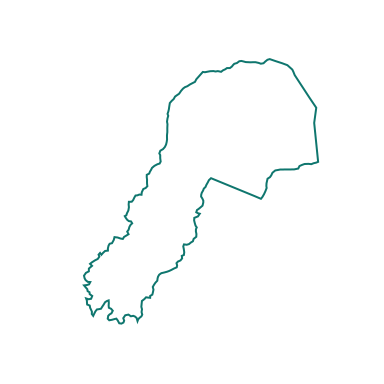 outline of Belo Campo, Bahia, Brazil, rotated 221°
{"feature_id": "56859067B86172469264415", "entity_name": "Belo Campo", "entity_type": "district", "adm_level": 2, "iso_a3": "BRA", "parent_name": "Brazil", "parent_adm1": "Bahia", "projection": "mercator", "projection_center": [-41.2, -14.961], "detail": "fine", "context": "isolated", "style": "outline", "palette": "teal", "viewbox_px": 384, "rotation_deg": 221, "n_neighbors": 0, "source": "geoboundaries", "source_scale": "gbopen_adm2", "svg_char_len": 3737}
<svg xmlns="http://www.w3.org/2000/svg" viewBox="0 0 384 384"><g transform="rotate(221 192 192)"><path d="M185.3,33.7L185.8,35.4L186.6,38.6L186.7,41.0L185.3,42.6L184.1,44.2L184.5,46.6L184.8,49.1L185.3,51.8L184.7,53.9L183.8,55.5L182.0,53.7L180.4,51.6L178.8,50.1L176.4,50.8L173.9,50.4L173.2,47.6L173.9,45.5L174.0,43.6L172.5,41.1L170.3,40.9L168.6,43.0L167.1,45.3L166.0,46.8L163.7,46.3L160.8,45.2L158.9,46.4L158.1,48.5L158.8,50.4L161.1,51.7L161.5,55.2L159.5,57.8L156.6,58.1L155.1,60.0L153.4,60.6L151.2,60.6L148.4,58.8L149.1,60.7L149.0,62.8L148.6,64.9L149.1,66.8L151.3,68.3L152.8,70.7L154.9,72.1L156.6,74.5L158.3,76.9L157.7,79.9L157.6,82.4L156.0,83.4L154.2,84.7L155.4,86.2L154.6,88.5L155.7,90.7L157.0,93.0L159.3,94.6L159.8,97.0L160.1,99.5L160.0,102.3L161.3,104.2L162.1,105.9L162.5,108.1L161.9,110.6L160.1,113.1L158.5,115.5L157.5,117.3L156.5,119.5L155.4,122.4L154.1,125.1L155.1,126.9L157.0,128.1L157.0,130.2L155.8,132.8L155.9,135.4L157.8,137.1L156.8,139.1L158.3,141.4L160.8,143.6L162.9,145.2L163.7,147.2L161.4,148.7L160.1,150.7L159.7,153.2L159.0,155.4L160.0,157.7L159.4,161.0L161.1,163.2L163.2,164.8L164.6,166.5L165.2,168.4L167.2,168.9L169.4,170.3L171.7,171.9L173.3,174.0L171.5,177.5L171.9,180.7L173.6,179.9L175.5,179.5L176.4,181.7L175.9,183.5L175.5,185.9L175.1,188.6L176.6,191.5L177.8,192.9L180.0,193.9L182.1,194.5L183.2,195.9L184.1,197.8L184.6,200.4L185.3,202.3L185.1,204.7L185.8,206.7L186.4,209.7L187.0,212.0L186.7,214.9L142.3,229.9L135.5,232.1L135.6,234.4L136.2,237.6L137.1,240.7L138.3,244.0L139.8,245.3L141.5,247.5L143.7,251.6L142.9,254.3L143.1,256.5L143.9,259.3L143.3,262.9L141.5,265.1L140.2,266.8L129.8,276.0L127.2,279.4L127.9,282.1L126.7,284.7L125.4,287.0L122.5,289.7L120.2,291.3L119.1,293.5L117.5,295.7L116.6,297.5L145.1,324.3L153.5,337.1L164.7,340.1L191.2,347.6L194.3,349.2L196.6,350.2L203.2,350.3L208.5,348.3L214.6,345.7L220.5,343.3L221.8,341.3L222.3,338.5L222.5,336.1L224.2,334.0L226.3,333.2L229.1,331.7L231.2,329.9L233.0,328.2L235.3,326.4L236.7,325.3L238.8,324.3L240.7,323.3L242.1,321.7L242.7,318.8L244.2,316.5L244.3,314.6L244.2,312.8L244.7,310.4L246.9,308.5L247.5,306.2L248.4,304.3L248.9,301.8L251.8,300.2L253.3,298.4L255.2,297.3L257.6,295.0L259.5,292.6L260.8,290.9L262.6,289.7L262.7,279.9L262.0,277.1L263.2,274.1L264.1,271.8L264.9,268.8L266.1,266.5L266.6,264.2L266.6,261.2L266.2,257.7L266.9,255.0L267.4,252.9L266.8,250.1L267.1,247.5L267.1,244.6L265.3,241.7L263.7,239.2L262.7,237.3L261.7,234.9L259.9,233.9L258.8,231.5L257.0,228.7L255.0,227.1L252.7,224.2L249.9,221.0L248.1,218.4L246.7,216.8L245.3,215.3L243.9,213.1L242.7,210.8L242.0,208.1L242.0,205.4L243.0,202.4L242.0,199.7L240.2,199.0L238.1,196.6L235.6,194.4L235.1,192.2L236.3,190.3L237.5,187.1L238.0,184.0L237.4,181.7L237.1,179.8L236.4,177.8L237.4,175.3L236.0,173.6L233.9,171.7L232.6,170.1L231.2,168.6L229.5,167.1L229.6,164.6L230.7,162.3L229.7,158.8L228.3,156.8L230.1,155.5L231.0,153.7L232.3,152.3L231.9,150.1L231.1,147.3L231.1,145.1L233.2,143.2L231.6,141.0L229.6,139.1L227.9,136.3L227.1,133.2L226.3,131.4L226.9,129.7L225.2,129.1L222.7,128.5L220.6,128.6L218.7,129.8L216.6,129.1L216.8,126.8L216.3,124.5L215.1,122.0L214.9,119.6L212.2,118.5L212.9,116.3L213.8,113.5L213.4,111.2L215.4,110.0L218.2,108.9L220.9,107.1L219.6,104.5L218.8,100.9L220.2,98.9L219.8,96.8L218.5,94.3L217.0,92.6L218.9,90.5L219.2,87.8L219.2,85.2L221.4,85.7L221.4,83.4L219.5,82.5L219.2,79.6L220.4,76.7L221.4,73.2L221.8,70.9L219.0,70.7L219.6,66.6L217.8,64.4L219.0,61.4L218.6,58.0L216.4,56.4L214.4,55.7L211.7,55.8L209.7,57.3L209.1,54.8L210.4,52.7L212.2,50.7L209.3,50.2L207.4,50.0L205.7,48.7L203.6,49.1L202.2,47.8L199.1,48.1L198.1,45.2L199.7,43.2L202.1,42.2L200.1,41.1L198.6,39.5L197.3,38.3L194.7,39.2L192.8,37.7L190.9,36.9L189.0,36.0L187.6,34.2L185.3,33.7Z" fill="none" stroke="#0f766e" stroke-width="2"/></g></svg>